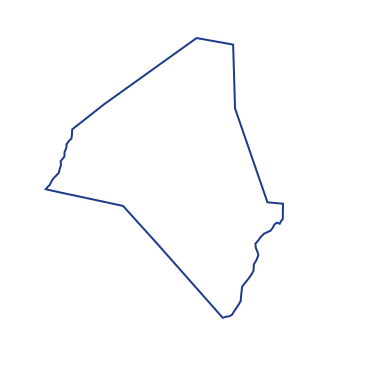 the district of Paes Landim, Piauí, Brazil, rotated 325°
{"feature_id": "56859067B98059440122572", "entity_name": "Paes Landim", "entity_type": "district", "adm_level": 2, "iso_a3": "BRA", "parent_name": "Brazil", "parent_adm1": "Piauí", "projection": "natural_earth1", "projection_center": [-42.304, -7.837], "detail": "fine", "context": "isolated", "style": "outline", "palette": "blue", "viewbox_px": 384, "rotation_deg": 325, "n_neighbors": 0, "source": "geoboundaries", "source_scale": "gbopen_adm2", "svg_char_len": 884}
<svg xmlns="http://www.w3.org/2000/svg" viewBox="0 0 384 384"><g transform="rotate(325 192 192)"><path d="M250.8,266.3L259.8,253.8L247.9,243.7L275.2,148.2L282.5,137.1L310.2,94.9L308.1,92.7L284.0,68.5L170.4,69.7L129.7,72.0L126.9,75.8L123.9,79.0L120.1,79.7L116.7,80.9L114.4,83.7L110.4,86.3L107.8,89.8L102.1,91.4L99.9,95.0L96.9,97.2L93.9,99.9L90.5,100.6L85.3,101.6L82.8,102.8L79.4,104.7L76.5,105.0L73.8,105.9L83.8,116.8L127.5,163.8L133.9,214.9L145.0,312.6L148.6,313.8L151.5,315.3L154.3,315.5L159.4,313.3L164.4,311.5L169.4,309.2L172.0,306.0L174.4,303.2L178.7,298.4L182.5,297.1L186.8,295.9L190.9,294.6L194.5,293.2L197.3,291.7L201.2,286.7L206.0,284.6L210.2,281.7L211.3,278.5L212.2,274.4L214.3,270.7L218.9,269.6L222.8,268.1L227.3,267.5L230.7,268.1L234.2,268.7L237.4,267.7L240.7,266.0L243.7,265.7L245.6,268.3L248.2,266.9L250.8,266.3Z" fill="none" stroke="#1e3a8a" stroke-width="2"/></g></svg>